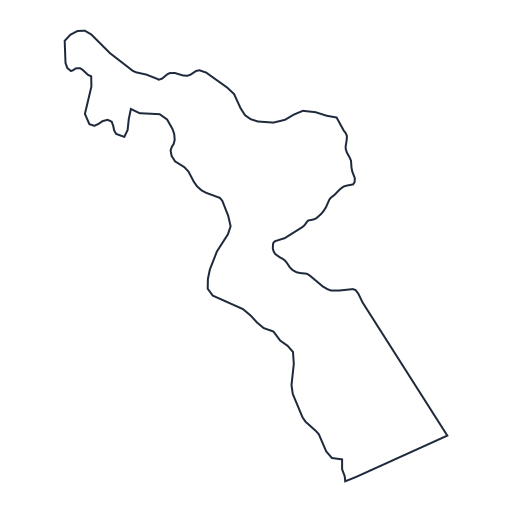 outline of Chitipa
{"feature_id": "MWI-1873", "entity_name": "Chitipa", "entity_type": "District", "adm_level": 1, "iso_a3": "MWI", "parent_name": "Malawi", "parent_adm1": "", "projection": "albers", "projection_center": [33.389, -9.977], "detail": "fine", "context": "isolated", "style": "outline", "palette": "slate", "viewbox_px": 512, "rotation_deg": 0, "n_neighbors": 0, "source": "natural_earth", "source_scale": "10m", "svg_char_len": 2065}
<svg xmlns="http://www.w3.org/2000/svg" viewBox="0 0 512 512"><path d="M70.9,71.0L67.3,68.0L65.5,62.9L64.7,40.8L70.4,34.7L77.5,31.0L84.8,30.7L91.3,34.5L110.0,53.2L133.0,71.0L136.4,72.4L146.4,74.6L157.3,78.9L158.7,79.7L162.1,78.6L167.3,74.3L169.7,73.1L174.9,73.0L182.7,75.4L187.1,75.8L190.3,74.8L196.2,70.9L199.5,70.3L206.2,72.6L227.2,87.6L234.1,94.1L240.5,108.1L245.0,115.2L250.7,119.2L257.9,121.5L273.4,122.6L285.0,119.8L293.8,114.6L302.9,110.8L315.5,112.2L326.9,115.8L336.6,117.5L343.9,130.9L345.4,132.6L346.9,135.8L346.7,140.1L345.6,146.6L345.8,149.4L347.0,152.8L349.4,157.1L351.0,160.7L351.5,167.8L352.3,171.6L354.8,178.1L354.6,182.1L353.1,184.4L346.8,185.6L344.0,186.4L341.8,187.8L339.3,189.9L334.6,194.8L330.7,197.8L329.3,199.7L326.0,207.2L323.5,211.1L321.0,214.1L316.0,218.5L313.0,219.6L308.2,220.5L307.0,221.8L304.7,225.0L302.8,226.8L284.8,238.1L275.3,241.1L273.8,242.2L273.1,243.6L272.8,248.3L273.6,251.4L275.3,254.1L279.8,257.3L282.5,258.7L285.0,260.6L286.8,262.8L289.8,267.3L292.6,270.1L296.6,272.3L300.6,273.1L305.7,273.6L307.2,273.9L310.1,275.8L322.8,286.5L327.5,289.2L331.0,290.5L339.5,290.5L352.9,289.1L355.6,290.1L358.4,293.8L362.6,302.5L447.3,435.6L355.7,477.1L345.2,481.3L345.1,479.9L344.7,476.2L342.1,469.3L342.1,459.4L331.9,458.0L326.2,451.4L318.9,434.4L316.1,431.2L305.7,421.9L302.6,417.5L292.8,394.1L291.5,385.1L293.8,363.9L293.0,352.0L287.7,345.9L280.3,340.7L273.4,331.5L263.7,328.1L257.0,322.5L250.9,315.8L243.1,309.2L212.7,295.6L207.7,288.7L207.9,278.9L209.9,269.4L216.9,251.5L227.9,234.3L230.6,226.3L228.2,215.8L222.3,200.8L219.9,197.9L206.1,192.8L201.6,190.4L197.1,186.4L193.9,181.9L188.5,171.6L184.4,167.2L175.1,161.4L171.6,156.0L170.6,150.4L171.8,146.9L173.7,143.8L174.7,139.8L174.2,134.0L172.5,129.0L167.1,119.5L159.7,114.2L139.6,113.2L130.9,109.0L128.8,118.8L127.6,130.0L124.3,136.9L116.1,133.9L114.1,130.3L113.2,125.8L111.7,121.7L107.6,119.8L102.6,121.1L98.5,123.9L94.4,125.8L89.4,124.2L84.9,113.9L91.4,86.6L91.2,76.3L87.9,74.8L82.5,69.7L80.0,68.2L75.7,68.4L73.2,70.2L70.9,71.0Z" fill="none" stroke="#1e293b" stroke-width="2"/></svg>